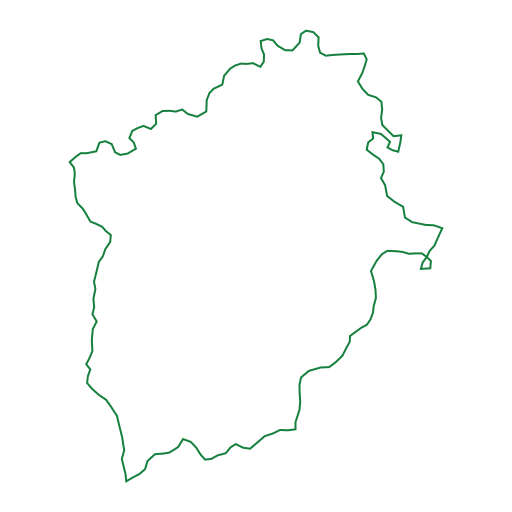 outline of Conceição da Barra de Minas, Minas Gerais, Brazil
{"feature_id": "56859067B78815771597461", "entity_name": "Conceição da Barra de Minas", "entity_type": "district", "adm_level": 2, "iso_a3": "BRA", "parent_name": "Brazil", "parent_adm1": "Minas Gerais", "projection": "mercator", "projection_center": [-44.485, -21.147], "detail": "fine", "context": "isolated", "style": "outline", "palette": "green", "viewbox_px": 512, "rotation_deg": 0, "n_neighbors": 0, "source": "geoboundaries", "source_scale": "gbopen_adm2", "svg_char_len": 2623}
<svg xmlns="http://www.w3.org/2000/svg" viewBox="0 0 512 512"><path d="M426.8,257.0L429.5,251.1L434.4,245.6L438.3,236.8L442.3,228.2L433.8,225.3L425.6,224.9L419.4,223.6L412.3,222.2L405.0,217.6L403.1,206.8L394.5,201.8L387.1,195.9L385.1,185.2L381.0,178.1L383.8,171.6L383.3,164.1L379.2,158.8L372.2,154.0L366.7,149.7L368.2,142.4L373.1,138.5L372.5,132.2L380.8,133.9L385.3,137.6L390.0,141.8L387.5,147.4L392.5,150.2L398.2,151.7L400.4,142.1L401.3,135.3L393.6,136.2L386.9,129.6L382.3,125.0L381.1,117.7L382.2,109.5L381.4,101.7L376.1,97.4L368.1,94.8L362.4,88.8L357.9,81.4L362.4,72.8L364.9,65.5L366.7,59.3L363.8,53.5L357.5,54.0L350.7,54.0L341.5,54.4L332.3,55.0L325.9,55.7L320.1,52.7L318.2,45.8L318.6,37.4L313.3,32.1L306.0,30.7L301.0,34.0L299.6,42.6L292.5,50.4L285.1,50.2L277.7,45.8L273.0,40.3L267.3,39.0L260.7,41.0L261.5,48.5L264.0,54.4L263.8,61.7L260.3,66.8L253.0,63.2L246.8,63.9L241.1,63.6L235.2,65.5L230.2,68.6L224.1,75.8L222.3,84.6L213.5,88.8L209.4,93.2L206.7,100.1L206.3,111.5L197.1,116.7L187.7,113.9L182.2,109.5L175.8,111.6L169.9,110.8L162.5,111.0L155.6,115.2L156.2,123.7L150.9,129.0L143.6,125.9L137.8,128.0L132.3,130.9L129.4,138.1L133.7,142.4L135.9,148.7L127.6,153.6L120.2,154.9L115.1,152.3L111.7,144.1L105.3,141.2L99.4,142.7L96.3,151.3L86.8,153.2L80.7,153.2L75.6,156.9L69.7,162.1L74.0,167.6L74.8,173.9L74.0,181.9L75.2,190.9L75.6,197.0L77.4,203.2L82.8,208.7L86.6,214.8L90.3,221.5L96.9,224.2L102.2,226.8L105.9,231.1L110.8,235.0L110.2,241.9L105.3,249.2L102.8,256.4L98.9,261.7L96.3,272.5L94.0,281.7L95.4,289.0L93.4,298.9L94.2,307.3L92.4,314.2L96.7,321.5L92.8,329.0L91.8,340.2L92.4,351.1L89.1,358.9L86.2,364.2L90.3,369.4L87.9,376.1L87.1,383.0L92.4,389.2L99.1,395.1L106.1,399.8L111.2,407.0L116.9,415.8L119.3,425.7L122.1,437.0L124.2,450.4L121.8,458.9L123.9,467.4L125.5,474.1L126.3,481.3L133.4,477.1L139.3,474.1L145.1,469.1L147.6,460.9L155.0,454.2L163.2,453.6L169.3,452.6L178.1,447.1L183.0,439.1L190.7,441.8L196.3,447.7L200.6,454.6L205.1,459.6L211.3,458.9L217.8,455.3L225.7,453.3L230.6,447.3L235.8,444.1L243.1,447.7L250.1,448.7L257.0,442.8L264.6,436.2L272.8,433.5L280.0,430.0L288.2,430.3L295.5,429.3L295.5,422.1L297.7,415.4L299.5,409.7L300.2,402.0L299.6,392.2L299.5,384.6L301.1,377.4L308.8,370.9L320.7,367.5L329.2,367.1L335.6,362.3L342.5,355.6L346.4,347.8L349.7,341.9L350.1,335.9L355.4,332.0L361.4,327.7L366.9,324.7L370.4,319.5L373.0,312.6L373.7,306.0L375.9,298.1L375.5,289.9L374.0,281.1L371.0,271.0L376.5,261.0L382.0,254.1L387.2,250.9L395.7,251.2L402.5,251.9L409.0,253.8L414.8,253.4L421.9,253.4L426.8,257.0ZM426.8,257.0L422.7,262.4L420.9,268.9L430.3,268.3L430.9,261.0L426.8,257.0Z" fill="none" stroke="#15803d" stroke-width="2"/></svg>